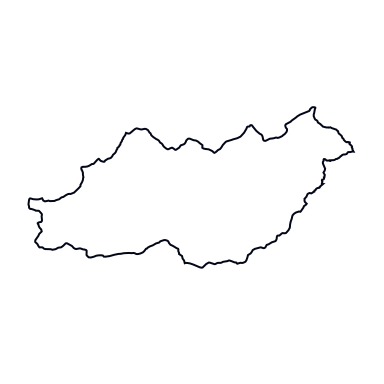 Buriticá, Antioquia, Colombia (Albers equal-area conic projection), rotated 266°
{"feature_id": "7082276B20190258274584", "entity_name": "Buriticá", "entity_type": "district", "adm_level": 2, "iso_a3": "COL", "parent_name": "Colombia", "parent_adm1": "Antioquia", "projection": "albers", "projection_center": [-75.9, 6.81], "detail": "fine", "context": "isolated", "style": "outline", "palette": "ink", "viewbox_px": 384, "rotation_deg": 266, "n_neighbors": 0, "source": "geoboundaries", "source_scale": "gbopen_adm2", "svg_char_len": 6043}
<svg xmlns="http://www.w3.org/2000/svg" viewBox="0 0 384 384"><g transform="rotate(266 192 192)"><path d="M255.6,130.3L253.5,129.4L250.9,127.2L249.8,126.9L249.2,126.2L247.5,125.5L245.8,124.2L244.1,123.7L243.6,122.9L243.1,122.8L242.1,122.0L241.3,120.7L240.2,120.5L239.6,119.9L237.3,118.8L236.3,118.0L234.6,115.8L233.2,114.9L231.9,113.7L231.3,112.3L231.0,110.4L229.4,107.5L228.4,106.8L228.3,106.2L228.8,104.5L229.5,103.0L231.5,101.5L231.6,101.0L230.4,99.4L227.1,96.0L226.9,95.6L226.8,93.9L225.5,91.6L224.8,89.6L224.6,87.7L224.7,84.5L224.3,83.5L223.5,83.2L222.0,83.3L221.5,83.7L219.0,84.5L216.9,84.4L214.1,84.7L213.8,84.4L211.6,84.0L209.5,83.0L207.0,81.3L205.5,81.1L203.6,79.1L199.6,74.3L198.5,70.7L198.7,69.2L198.5,68.0L197.6,65.9L196.1,63.4L195.7,61.4L194.0,58.9L193.4,56.0L192.7,54.3L192.8,49.7L193.4,48.4L192.9,44.7L193.8,43.1L196.2,42.0L195.4,38.8L195.4,36.5L195.9,33.1L196.9,30.3L196.8,29.7L196.5,29.4L195.5,28.9L191.1,28.0L189.4,28.4L187.8,28.4L187.1,28.7L186.4,29.5L186.3,30.6L185.0,33.8L184.3,34.8L184.0,37.5L183.7,38.2L180.8,40.5L179.7,40.7L178.3,40.3L174.2,40.4L173.2,40.0L172.7,39.5L172.4,37.3L172.1,36.4L171.7,35.9L171.0,36.0L170.3,36.5L168.6,36.8L167.0,37.5L165.1,39.0L163.1,39.3L160.9,36.7L159.0,35.7L154.9,32.4L153.6,32.1L152.9,32.2L151.1,34.0L148.3,35.3L147.4,36.0L147.3,38.3L147.1,39.1L145.8,40.4L145.3,41.7L144.8,47.0L144.1,48.8L144.5,52.0L145.8,54.7L145.9,57.1L146.1,57.9L147.4,59.9L149.5,62.3L149.6,63.4L149.4,64.0L146.5,68.5L144.4,70.1L143.4,71.6L143.2,72.5L143.6,76.1L143.3,77.3L142.4,79.1L142.1,80.8L141.4,82.4L140.7,82.8L136.5,82.4L135.8,82.8L134.1,84.3L133.7,86.5L134.4,90.0L135.1,92.0L135.3,94.0L135.3,95.9L135.0,98.2L134.7,98.8L133.7,99.5L133.5,100.9L133.8,105.3L134.8,110.1L135.4,114.7L135.3,116.6L135.7,119.7L135.6,124.8L135.2,127.6L135.3,129.4L135.0,130.4L134.1,132.0L133.9,132.7L133.9,134.2L134.3,136.3L135.2,138.8L136.3,140.2L138.5,142.1L138.7,143.1L139.5,143.8L140.7,146.3L141.5,149.1L143.2,152.5L143.9,155.7L144.9,156.8L145.2,157.6L146.0,160.9L145.9,162.0L145.4,163.5L144.7,164.6L144.0,165.1L142.7,165.5L140.9,166.8L139.5,169.3L137.0,172.8L136.3,174.2L135.7,174.4L134.0,174.2L132.0,174.9L131.1,174.7L128.8,177.6L126.2,178.0L124.2,179.3L121.5,179.8L121.7,180.4L121.5,182.6L120.9,185.0L119.6,188.1L116.3,194.6L115.8,196.4L116.0,197.4L119.2,201.2L120.4,203.7L120.3,204.8L118.4,209.5L118.6,210.6L119.0,211.2L119.5,212.8L119.3,215.3L119.5,216.5L120.2,218.2L120.6,222.7L121.1,223.9L121.1,224.5L120.2,226.7L118.8,229.6L118.6,231.1L118.4,231.4L117.7,231.7L117.3,232.2L118.0,235.2L117.7,237.2L117.8,237.9L118.4,239.8L118.9,240.6L120.1,241.5L123.1,242.8L125.1,243.4L126.7,246.3L128.3,247.6L129.8,248.5L130.9,250.8L132.0,256.5L131.9,257.1L131.0,259.3L131.0,260.1L131.2,260.6L131.6,261.3L134.0,262.8L134.5,264.8L136.2,268.0L137.2,271.9L138.3,272.7L139.4,273.2L141.3,273.5L142.2,273.9L142.6,274.8L142.4,275.9L143.2,277.2L144.3,278.5L144.7,279.5L144.4,281.1L144.4,282.2L144.7,283.1L147.2,285.6L149.6,287.1L152.8,287.6L155.6,288.4L158.3,289.6L161.0,290.4L161.9,290.9L163.2,292.3L164.2,294.0L165.1,297.4L164.7,298.6L164.9,299.0L168.6,302.0L170.1,302.7L171.3,304.7L172.3,305.6L174.1,304.0L175.3,303.6L176.4,303.8L177.3,303.7L179.3,305.8L181.8,307.1L182.4,308.0L182.8,309.3L182.3,310.9L183.1,312.6L183.7,313.1L183.8,314.1L184.3,314.3L184.9,314.3L185.4,315.4L186.5,316.1L187.2,317.5L187.3,319.1L187.8,319.4L187.8,319.8L188.3,319.9L188.6,320.2L190.8,323.2L190.9,322.3L191.1,322.1L191.7,322.2L193.0,322.8L193.6,322.5L194.7,322.4L195.2,322.7L195.1,323.1L195.4,324.1L195.9,324.5L196.3,324.7L197.3,324.6L197.3,325.0L197.8,325.3L198.9,325.3L199.7,325.7L202.2,324.5L204.0,325.8L204.8,326.1L206.0,326.4L211.3,324.6L212.6,324.6L214.0,325.5L215.0,325.5L215.6,325.8L215.7,326.1L215.3,327.3L214.2,328.2L213.9,328.8L213.9,330.6L213.3,332.1L213.4,332.4L213.8,332.6L214.0,332.5L213.9,335.6L214.2,336.7L214.9,338.0L214.9,339.1L215.3,339.7L215.6,340.7L216.8,342.3L217.3,342.7L217.6,343.5L218.5,344.5L218.8,345.7L218.8,347.5L219.1,348.7L219.3,349.1L220.7,350.2L220.9,351.0L220.8,352.9L221.2,354.8L221.0,356.0L223.3,355.0L224.3,355.1L224.6,354.8L225.6,354.5L226.0,354.8L226.5,354.7L227.9,353.6L228.5,352.7L228.9,352.5L229.8,352.8L229.9,352.4L230.6,352.5L230.6,351.9L231.0,351.3L231.0,350.5L230.8,350.1L231.5,348.7L233.4,347.1L234.7,346.7L235.5,345.7L237.3,345.3L238.9,343.9L239.9,342.7L241.1,342.1L242.4,342.0L243.3,340.9L244.1,340.4L246.0,335.9L246.9,334.5L246.7,333.3L246.7,332.8L247.0,332.4L246.9,331.9L247.0,330.6L248.1,327.2L250.8,324.8L252.6,322.4L253.8,322.2L254.7,321.5L255.6,320.1L256.7,319.5L259.2,318.7L261.1,318.9L262.0,319.3L265.9,320.3L267.2,320.9L267.6,320.9L268.1,319.7L268.2,318.4L267.9,317.4L266.2,315.4L265.3,315.2L264.6,314.4L261.6,305.1L260.1,302.3L258.9,300.7L256.4,296.6L255.2,295.2L253.0,290.3L252.0,289.7L250.8,289.8L249.6,290.1L248.3,291.1L247.6,291.2L246.2,290.9L245.1,290.3L243.2,288.4L242.3,286.8L241.6,286.1L240.3,283.0L240.0,281.1L240.4,280.0L240.4,279.2L239.9,277.2L239.7,273.3L237.9,269.0L238.0,267.9L238.1,267.6L238.4,267.2L239.1,266.7L242.6,266.2L243.8,265.7L244.6,265.0L245.4,263.6L248.4,260.5L253.2,257.1L253.9,256.8L254.4,256.3L254.6,255.3L254.5,254.8L253.4,254.0L253.3,252.1L252.8,251.3L251.6,250.9L247.5,248.1L243.9,244.3L242.5,240.9L241.7,236.9L241.1,234.7L240.0,229.8L239.6,229.1L236.8,226.1L234.3,224.3L232.9,223.0L232.1,221.0L230.0,218.3L229.5,217.0L230.0,216.3L230.8,215.7L231.6,214.8L233.4,211.6L234.0,208.4L234.6,206.4L235.4,205.4L236.2,205.4L237.3,205.7L238.1,205.6L240.3,203.0L241.7,201.7L243.0,199.7L243.6,197.1L245.3,193.6L245.5,192.6L245.3,191.6L243.8,189.9L241.9,189.0L240.7,188.0L240.1,187.0L239.3,184.0L237.2,182.4L235.3,179.1L235.2,178.5L235.3,178.1L236.7,176.6L237.6,175.2L237.2,173.5L236.4,171.7L236.3,170.9L236.9,169.6L238.7,167.6L239.9,166.6L241.3,166.0L242.5,165.1L243.6,163.6L245.5,162.6L246.6,161.3L247.2,160.1L249.7,157.0L251.4,155.4L253.4,154.7L254.2,153.8L256.8,152.4L258.1,150.5L258.3,149.4L257.9,145.9L258.3,144.2L259.2,141.8L259.3,140.9L258.8,139.6L258.1,138.5L255.3,134.7L254.8,133.9L254.7,133.0L254.9,132.0L255.6,130.3Z" fill="none" stroke="#020617" stroke-width="2"/></g></svg>